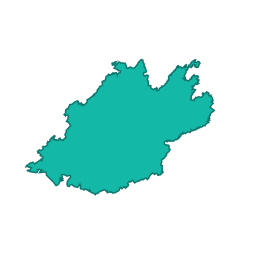 Natore, Rajshahi, Bangladesh (Equal Earth projection), rotated 38°
{"feature_id": "16705992B43065208682222", "entity_name": "Natore", "entity_type": "district", "adm_level": 2, "iso_a3": "BGD", "parent_name": "Bangladesh", "parent_adm1": "Rajshahi", "projection": "equal_earth", "projection_center": [89.103, 24.393], "detail": "fine", "context": "isolated", "style": "filled", "palette": "teal", "viewbox_px": 256, "rotation_deg": 38, "n_neighbors": 0, "source": "geoboundaries", "source_scale": "gbopen_adm2", "svg_char_len": 5745}
<svg xmlns="http://www.w3.org/2000/svg" viewBox="0 0 256 256"><g transform="rotate(38 128 128)"><path d="M138.7,33.2L137.5,37.1L138.0,41.0L137.2,41.3L138.2,42.1L138.0,42.8L136.5,44.0L135.5,43.0L135.4,44.4L134.7,43.0L134.4,43.8L134.9,45.3L134.2,45.6L134.1,47.0L133.2,48.0L132.0,47.3L130.5,49.2L130.3,48.3L129.5,47.8L128.9,48.4L129.4,49.6L128.8,50.0L129.6,51.4L129.2,52.6L129.9,53.7L129.0,54.3L129.1,56.8L128.7,57.9L129.3,58.4L128.5,59.5L129.5,59.8L128.3,61.0L128.3,62.4L129.8,64.2L129.9,64.9L130.6,64.9L130.6,65.9L130.0,66.9L130.7,68.4L130.3,69.4L130.4,72.8L128.8,74.3L129.5,74.9L128.8,76.1L128.5,77.7L129.0,79.6L127.4,80.8L126.8,79.0L125.8,78.6L125.5,80.3L124.8,80.5L124.4,82.3L121.1,82.3L119.9,80.6L117.9,82.0L115.3,78.7L113.6,78.3L111.8,74.4L110.3,74.6L109.1,77.0L107.5,76.5L106.2,74.8L107.8,73.3L107.4,71.8L103.6,69.5L103.2,69.8L101.3,67.6L99.2,66.8L98.0,65.4L96.2,66.0L95.8,70.3L96.3,71.8L96.2,76.3L95.7,77.5L93.5,78.5L92.4,78.4L90.7,81.5L89.5,81.4L89.1,80.6L85.9,78.7L85.6,79.4L83.6,80.0L82.7,81.3L81.1,81.1L80.0,81.8L80.3,85.1L78.3,84.2L77.7,84.5L77.8,83.2L76.7,84.7L77.0,86.3L76.6,85.8L75.8,86.4L76.3,86.8L75.9,87.2L77.0,88.0L78.0,86.9L79.4,86.6L80.3,87.7L80.2,89.4L83.7,88.5L85.1,88.8L86.6,87.6L87.3,88.0L87.7,89.6L86.9,90.2L86.4,91.9L87.0,92.9L84.7,91.7L83.8,92.5L83.9,93.4L83.3,94.6L82.7,93.7L82.1,93.9L81.6,97.5L81.1,97.9L80.9,97.3L79.6,97.6L79.6,99.8L79.0,100.6L80.8,104.8L80.5,105.9L79.6,106.0L79.1,107.6L81.1,109.4L81.4,110.6L80.1,112.8L80.6,113.9L80.4,117.0L81.1,117.8L81.4,119.4L80.4,122.4L80.9,122.4L81.4,123.4L80.5,124.0L79.4,128.7L78.4,130.8L79.9,132.7L79.2,137.6L78.7,137.9L78.8,137.0L77.4,137.3L76.7,138.3L76.6,137.4L75.9,137.0L75.7,137.7L74.1,138.5L74.6,139.2L74.1,139.6L72.5,137.8L71.5,137.6L69.9,140.7L69.4,143.5L67.8,145.4L68.9,149.8L68.3,150.0L67.8,152.1L69.7,154.8L69.4,156.8L71.3,157.0L71.0,156.3L72.6,154.8L73.8,155.7L75.3,158.2L75.5,160.7L77.5,160.2L81.4,161.5L80.8,167.8L81.7,168.7L82.5,172.2L84.4,173.0L85.1,174.4L84.4,175.0L84.5,177.7L83.6,177.6L82.2,179.0L80.7,177.9L80.1,179.4L80.7,180.7L79.8,181.5L78.4,181.4L77.6,182.6L76.5,182.0L75.8,182.7L75.3,182.2L75.6,179.5L75.3,179.3L74.5,179.6L74.8,180.2L73.9,182.2L73.8,185.4L74.6,185.5L74.6,186.5L74.3,187.6L73.2,188.1L73.9,188.8L73.6,190.0L75.0,190.8L74.3,193.7L72.8,194.4L72.4,195.6L74.0,196.6L74.1,197.5L73.2,199.3L71.7,199.7L71.1,202.1L72.6,203.1L72.9,202.3L74.8,202.4L75.9,202.8L75.8,203.6L79.0,203.4L79.7,204.8L78.6,206.0L78.9,206.8L81.0,206.6L78.5,207.5L76.5,213.8L74.1,213.5L72.4,216.1L71.8,219.1L71.2,219.8L71.5,221.3L72.4,220.2L73.8,220.0L76.2,218.7L76.6,221.4L74.4,223.9L76.7,222.7L77.1,223.0L83.6,219.4L83.3,216.5L82.5,216.6L83.3,215.3L86.3,214.2L85.6,215.5L85.7,217.6L90.4,213.1L92.9,215.4L102.5,216.5L106.7,217.7L107.7,216.0L107.6,213.9L107.2,211.7L105.8,209.8L108.2,210.7L108.9,209.3L104.4,209.2L108.6,208.1L107.0,208.0L106.2,206.9L104.7,206.2L104.5,205.4L106.8,204.0L109.5,203.5L111.3,201.0L112.2,201.1L113.1,202.3L112.9,205.2L113.4,208.2L115.2,210.5L116.5,210.9L117.7,210.2L117.4,208.3L118.8,207.0L121.5,207.3L124.8,205.8L124.7,202.0L125.7,202.8L126.2,202.5L127.2,204.5L128.3,205.1L130.0,203.8L131.5,204.0L132.2,202.1L136.5,201.7L135.8,200.4L138.8,201.5L141.4,200.5L143.3,200.6L143.1,199.7L144.5,197.9L144.8,195.5L147.7,190.8L149.3,191.3L150.4,190.3L151.2,191.6L151.7,191.6L152.8,189.7L153.7,189.5L154.0,188.5L155.8,188.8L157.5,187.1L159.4,183.0L158.5,179.6L159.2,179.1L160.5,179.6L161.2,176.7L161.5,176.3L163.0,177.0L163.2,176.3L163.7,173.4L163.3,172.4L161.9,172.2L161.8,169.5L163.0,169.2L164.0,166.3L167.0,167.2L168.0,164.5L169.7,162.3L170.4,159.8L171.7,159.7L172.5,156.8L173.5,156.2L174.9,156.8L175.2,154.9L174.5,152.6L175.0,148.3L177.4,148.3L177.9,146.8L179.1,146.0L180.7,146.8L182.5,144.7L182.4,142.9L182.9,141.8L182.7,141.1L181.3,141.7L181.1,139.9L179.6,138.8L178.2,136.5L176.5,137.2L175.4,133.8L174.0,132.4L175.0,130.1L175.1,125.6L174.1,124.7L174.7,121.4L174.5,119.1L172.7,118.7L171.4,116.9L170.1,116.7L168.2,118.2L166.6,118.0L165.3,116.9L165.6,115.0L166.2,114.8L166.3,113.9L167.3,114.6L167.4,113.0L168.3,113.1L168.3,112.3L169.3,112.4L172.1,110.0L172.5,107.5L173.5,107.3L173.7,105.8L174.2,105.5L173.9,104.9L174.3,104.4L173.0,104.0L174.0,103.8L173.4,103.1L174.4,103.0L174.5,102.4L174.2,100.9L173.4,100.7L174.2,99.3L174.1,98.0L175.0,98.8L175.6,97.5L176.7,97.0L176.7,95.9L178.1,93.7L179.5,93.4L179.7,91.2L179.2,90.7L180.0,90.9L180.9,89.9L180.9,89.0L182.1,88.5L182.0,87.5L183.0,86.8L182.3,85.6L183.6,85.1L183.3,83.5L184.4,83.6L184.5,82.5L185.5,81.8L185.9,79.8L187.3,78.7L186.9,78.2L187.3,75.6L188.2,73.9L187.3,73.9L187.2,73.2L186.6,73.5L187.1,72.4L186.7,72.2L187.2,71.8L186.2,71.6L186.6,70.5L185.5,70.6L186.0,70.0L184.8,68.7L185.1,67.7L184.6,67.7L184.2,64.3L185.1,62.4L185.1,61.0L180.0,61.2L179.6,58.7L179.8,56.1L177.4,55.9L178.2,54.3L177.2,54.1L177.1,53.2L174.7,51.9L173.3,52.2L173.2,51.2L171.8,52.6L170.7,52.2L170.4,50.8L168.2,51.0L167.7,51.2L167.9,52.2L166.8,54.3L165.5,54.2L165.6,55.4L167.2,56.0L166.9,58.8L164.4,59.9L163.4,62.1L162.6,62.1L162.9,63.4L162.4,64.5L163.0,65.8L159.8,67.1L159.2,64.9L158.2,64.2L157.9,61.1L157.0,60.8L157.9,59.6L157.7,56.3L155.7,57.0L155.1,59.2L154.5,56.4L152.8,56.0L153.2,55.0L154.1,54.7L153.9,51.5L155.3,51.4L156.2,49.3L154.6,49.4L154.8,47.3L154.0,46.4L153.5,47.6L151.8,47.1L152.2,44.9L151.4,44.0L149.6,44.7L148.8,46.4L147.3,45.5L146.8,49.1L147.8,49.5L147.9,50.3L146.8,51.0L146.9,53.5L145.8,54.2L143.3,54.3L143.3,55.3L141.4,55.0L142.5,54.5L142.2,53.7L142.5,53.5L141.8,52.8L140.7,53.0L139.9,50.9L139.6,48.8L138.1,46.3L138.9,46.0L138.3,42.3L139.1,41.6L140.5,41.5L140.7,39.1L140.0,39.1L140.3,37.4L142.6,36.9L142.6,38.3L143.2,38.4L144.6,38.2L145.7,37.2L145.5,35.4L144.9,34.6L144.9,32.7L143.3,32.1L142.2,32.4L141.9,34.1L139.9,35.0L139.3,32.7L138.7,33.2Z" fill="#14b8a6" stroke="#0f766e" stroke-width="1.5"/></g></svg>